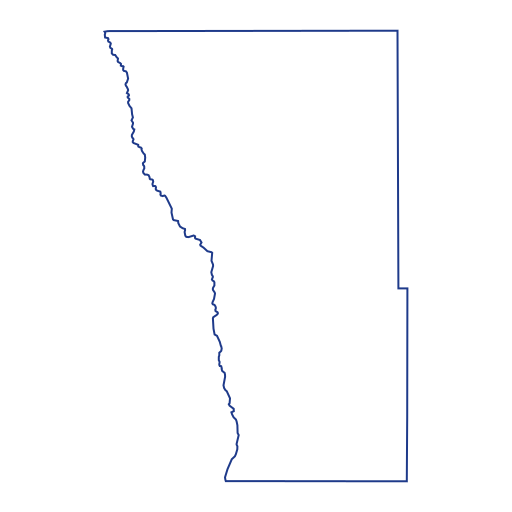 Wilkin, Minnesota, United States of America (Natural Earth projection)
{"feature_id": "52423323B40322351115851", "entity_name": "Wilkin", "entity_type": "district", "adm_level": 2, "iso_a3": "USA", "parent_name": "United States of America", "parent_adm1": "Minnesota", "projection": "natural_earth1", "projection_center": [-96.658, 46.326], "detail": "fine", "context": "isolated", "style": "outline", "palette": "blue", "viewbox_px": 512, "rotation_deg": 0, "n_neighbors": 0, "source": "geoboundaries", "source_scale": "gbopen_adm2", "svg_char_len": 3061}
<svg xmlns="http://www.w3.org/2000/svg" viewBox="0 0 512 512"><path d="M225.8,481.1L406.8,481.3L407.2,416.9L407.4,288.4L398.4,288.4L397.5,30.7L108.0,31.1L104.6,31.7L105.0,32.3L105.2,33.3L104.8,34.7L105.1,37.5L108.0,38.1L108.5,39.2L108.0,40.2L108.3,41.5L110.3,42.6L110.8,43.6L109.9,46.6L110.4,47.9L112.0,48.8L112.2,49.2L111.8,50.7L111.8,52.4L111.8,53.4L113.1,54.8L115.2,55.0L116.8,57.4L117.5,57.9L118.0,58.6L117.6,61.0L118.0,61.9L120.2,63.1L121.0,63.9L120.8,65.6L121.7,66.1L123.2,66.2L123.6,66.6L123.1,69.0L123.2,70.1L123.9,70.9L125.9,71.3L126.9,72.6L128.1,78.6L126.8,82.5L125.9,83.1L125.5,84.4L125.9,85.7L126.7,86.7L128.0,89.4L128.1,90.3L126.9,93.1L128.6,94.2L129.0,95.1L128.9,95.6L127.7,96.5L127.7,97.0L127.7,97.5L129.3,98.9L129.3,100.1L128.1,101.8L128.1,103.0L129.5,105.9L131.5,108.3L132.1,114.3L132.9,117.4L131.5,120.4L133.0,122.7L133.0,123.7L132.0,126.8L133.2,128.9L134.3,129.4L133.8,131.6L131.9,134.9L131.8,136.3L132.3,137.7L133.2,138.5L133.5,139.3L132.8,141.1L132.7,142.0L133.5,143.0L138.2,144.8L138.3,146.5L139.5,147.2L140.8,147.5L141.3,148.0L141.7,148.5L141.5,149.5L142.0,151.0L143.7,153.6L144.8,154.5L145.2,157.6L144.8,161.5L143.1,162.9L142.9,163.5L143.3,165.3L143.9,165.7L144.2,166.4L144.3,168.3L143.4,170.2L143.0,171.7L143.4,173.0L144.9,174.6L147.0,174.6L148.6,175.2L149.5,177.1L149.8,178.9L150.3,179.3L152.1,179.5L152.9,180.1L153.2,181.7L152.5,183.7L152.5,184.5L153.1,186.1L155.1,186.0L155.7,186.5L156.0,187.6L155.7,188.8L155.9,189.7L157.2,190.7L160.3,191.6L160.7,193.2L160.4,194.3L160.8,195.5L162.7,196.1L164.4,195.5L165.1,195.8L166.4,197.7L171.8,208.7L171.5,212.6L173.0,219.4L173.7,220.1L178.1,221.0L178.3,223.1L180.0,226.5L182.6,228.2L185.0,229.0L185.1,230.1L184.6,232.0L185.3,235.7L186.3,236.9L188.6,237.1L193.7,235.5L195.1,236.3L195.0,237.9L195.5,238.6L200.0,240.0L201.5,242.5L200.2,244.7L200.5,245.6L203.5,247.6L207.4,251.2L211.5,252.2L212.2,252.8L211.5,260.8L213.0,264.5L213.1,266.0L211.3,272.2L211.9,274.9L212.6,275.9L212.9,276.9L211.9,279.4L212.5,280.5L213.9,281.3L214.4,282.3L214.4,285.5L213.1,287.7L212.8,289.0L213.0,290.0L214.7,292.5L215.0,293.6L214.0,299.0L212.6,302.1L212.3,303.3L212.8,304.3L214.5,304.9L215.3,306.1L215.8,307.3L215.8,308.6L215.3,309.8L215.5,311.0L216.5,311.7L217.4,312.1L217.7,312.6L217.9,313.2L217.7,313.8L217.3,314.3L216.5,315.1L215.5,315.7L213.2,317.3L212.9,318.4L213.5,328.7L214.6,334.5L217.0,335.8L219.8,341.9L220.9,346.0L221.2,346.2L221.7,348.5L221.3,350.7L220.9,351.3L219.3,352.7L219.3,355.3L218.8,356.9L218.8,360.2L219.4,361.4L219.6,362.0L219.5,363.1L219.3,364.0L219.3,364.8L219.5,365.4L219.8,366.0L220.5,366.0L221.2,366.2L221.8,368.4L221.6,368.8L222.1,370.8L223.5,372.0L224.6,372.8L225.0,374.5L225.1,376.8L223.5,385.3L224.1,388.0L225.3,390.0L226.8,391.3L230.0,398.3L229.6,403.2L228.8,404.2L229.6,405.7L233.7,408.8L233.8,411.2L231.4,412.3L232.1,414.4L233.6,417.3L235.9,419.5L236.6,421.4L237.4,425.3L237.6,433.0L238.7,435.1L236.6,443.9L236.6,444.6L237.4,446.3L237.3,449.3L235.9,454.1L234.9,456.3L231.8,459.2L227.5,469.2L225.0,477.4L225.4,479.8L225.8,481.1Z" fill="none" stroke="#1e3a8a" stroke-width="2"/></svg>